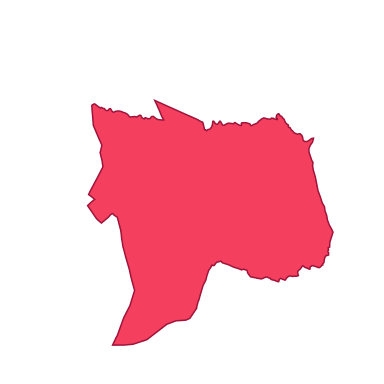 the district of Mberengwa, Midlands, Zimbabwe, rotated 337°
{"feature_id": "62879985B72104982716343", "entity_name": "Mberengwa", "entity_type": "district", "adm_level": 2, "iso_a3": "ZWE", "parent_name": "Zimbabwe", "parent_adm1": "Midlands", "projection": "equal_earth", "projection_center": [30.19, -20.689], "detail": "fine", "context": "isolated", "style": "filled", "palette": "rose", "viewbox_px": 384, "rotation_deg": 337, "n_neighbors": 0, "source": "geoboundaries", "source_scale": "gbopen_adm2", "svg_char_len": 5869}
<svg xmlns="http://www.w3.org/2000/svg" viewBox="0 0 384 384"><g transform="rotate(337 192 192)"><path d="M307.2,170.7L306.7,170.7L306.2,169.9L306.3,169.2L306.7,168.6L306.8,167.9L306.6,167.4L305.9,166.7L305.6,165.8L305.1,164.3L305.1,163.2L305.2,162.2L305.2,160.9L304.4,159.2L304.2,158.3L304.1,157.6L303.0,156.2L302.9,155.9L302.7,155.2L302.6,154.1L302.1,153.8L301.7,153.7L300.8,154.0L299.9,154.4L299.8,154.6L299.4,155.5L298.7,155.9L298.5,156.4L298.8,157.2L299.2,157.9L299.1,158.4L299.0,158.5L298.7,158.6L297.8,158.1L296.4,156.9L296.1,156.7L295.8,156.0L295.3,155.8L294.3,155.1L293.9,155.0L293.2,155.5L292.6,155.5L292.2,155.4L290.2,154.3L289.5,153.8L288.6,153.0L287.0,151.9L286.7,151.8L284.6,152.0L281.4,152.9L281.0,152.9L278.9,154.0L277.6,154.1L274.7,153.9L273.4,154.2L272.5,154.1L272.3,154.0L272.1,153.7L272.0,152.9L272.1,152.6L271.7,151.7L269.3,149.7L266.7,148.4L264.9,147.8L264.7,147.8L264.2,148.2L263.9,148.8L263.8,149.6L263.6,150.0L262.8,149.8L262.0,149.2L260.5,147.5L258.7,144.9L258.2,144.8L257.4,145.4L255.6,144.7L254.1,143.7L253.8,143.7L252.4,142.8L249.9,142.8L247.5,143.2L246.2,142.1L246.0,139.6L245.7,138.0L245.6,137.8L244.9,137.7L243.0,139.2L241.4,139.5L240.9,139.1L240.1,137.6L239.7,135.4L239.0,135.0L238.5,135.5L237.3,137.7L235.6,139.7L233.0,141.2L232.6,141.2L231.8,140.8L231.1,140.7L229.8,141.2L229.5,141.3L229.1,141.0L228.8,140.0L227.9,139.6L229.0,133.5L229.1,131.9L228.6,131.3L228.3,131.2L227.2,129.9L226.1,128.7L226.0,128.3L226.0,128.2L223.6,125.5L222.1,124.0L220.6,122.3L218.7,120.4L193.5,93.2L193.7,98.5L193.7,101.1L193.8,103.6L193.7,110.3L193.8,111.4L194.1,114.6L193.2,114.3L191.9,113.7L189.2,112.1L188.5,111.5L187.9,110.9L185.9,107.3L185.5,107.1L184.5,106.8L183.7,107.0L182.2,108.0L181.6,107.9L180.1,107.3L179.2,106.5L178.4,105.5L177.9,105.4L177.5,105.4L177.2,105.8L176.7,106.1L176.1,105.6L175.5,104.9L175.0,103.9L174.9,101.9L174.6,101.3L173.8,100.9L172.9,100.9L171.1,101.4L170.3,101.4L169.5,100.6L169.0,100.4L168.5,100.0L168.0,99.9L167.2,99.7L166.5,99.4L165.9,99.3L164.8,98.9L164.3,98.7L164.1,98.5L163.9,98.3L163.3,96.2L162.9,95.1L161.2,92.9L159.1,91.3L158.9,90.7L157.5,89.6L155.9,88.6L154.2,88.2L153.1,87.8L152.0,88.0L151.0,87.9L150.3,87.3L150.0,86.4L149.8,85.4L149.7,84.3L149.5,83.4L148.8,83.2L148.2,83.2L147.1,83.9L146.8,84.0L145.8,83.9L145.0,83.6L144.3,82.6L144.0,81.2L143.7,80.7L142.9,80.4L142.3,79.7L142.0,79.2L141.7,78.8L141.5,78.7L140.7,78.9L140.4,78.8L139.9,77.9L138.7,76.2L137.4,73.7L137.0,73.2L136.6,72.7L135.9,72.7L135.5,72.9L134.8,72.8L133.6,73.1L132.5,76.4L132.3,76.7L130.0,83.8L127.2,92.2L127.2,106.6L127.3,110.1L127.3,110.8L127.3,113.7L124.6,117.5L122.8,119.8L121.4,128.3L119.8,134.1L111.5,141.0L97.9,152.0L95.8,154.0L96.8,155.5L99.6,160.7L95.2,162.0L90.6,163.7L90.7,164.5L93.7,179.3L95.2,182.7L96.5,185.2L100.7,183.9L105.1,182.6L108.1,181.1L109.9,180.7L110.4,180.8L111.3,182.9L112.5,184.8L113.4,186.0L111.3,200.2L111.2,200.2L111.2,200.3L110.2,203.8L109.2,206.8L107.8,212.6L107.2,214.6L106.3,221.2L105.5,226.3L105.1,230.2L104.0,239.1L102.7,245.9L101.9,251.1L100.7,260.2L91.0,271.7L91.0,271.9L80.0,281.1L67.0,295.1L65.2,296.4L59.1,301.9L69.5,306.3L78.3,309.1L92.8,310.3L117.1,303.9L127.0,304.3L132.0,306.1L136.5,307.6L137.0,307.5L140.4,307.5L140.9,307.3L150.6,301.0L150.6,300.8L150.8,300.8L150.8,300.7L151.3,299.9L151.5,299.5L151.8,299.3L152.2,298.6L154.6,295.5L154.9,295.0L155.4,294.8L155.7,294.4L156.1,294.2L156.4,293.6L156.9,293.1L157.6,292.3L158.2,291.4L165.3,282.8L165.7,282.4L166.0,282.1L166.3,281.9L166.6,281.5L167.2,281.1L167.8,280.5L168.4,280.2L168.9,279.8L169.3,279.2L170.4,278.4L173.0,274.9L176.6,270.8L180.5,268.3L181.3,267.3L181.4,267.1L181.9,267.2L182.1,267.6L182.6,267.5L182.9,267.7L182.9,267.9L183.1,268.2L183.3,268.3L184.0,268.2L186.3,266.7L187.4,266.3L187.7,266.3L189.0,266.7L191.1,266.8L191.6,266.9L191.8,267.3L191.9,268.1L192.0,268.4L192.5,269.2L197.5,273.5L198.1,274.3L198.5,274.7L198.8,275.1L199.4,275.6L200.0,276.4L200.8,277.2L202.4,278.7L203.0,279.1L204.2,280.2L204.8,280.6L205.3,281.2L206.2,281.9L207.1,283.1L208.1,283.0L209.6,283.4L210.7,284.6L211.2,284.7L212.0,285.4L212.0,286.3L211.6,288.2L211.9,289.7L212.6,292.5L213.2,293.4L214.1,293.8L216.2,295.4L217.3,295.8L217.8,296.5L219.2,297.4L221.2,298.7L222.0,299.1L222.7,299.2L223.9,299.2L226.1,299.1L227.3,299.4L227.6,299.5L229.4,301.3L230.3,302.2L230.4,302.8L230.5,303.1L231.4,304.1L233.1,305.3L236.3,308.3L236.8,308.4L237.1,308.0L237.3,307.9L237.9,306.8L239.6,306.1L240.0,306.2L240.5,306.7L240.7,307.2L243.1,309.4L243.6,309.5L245.1,308.4L247.2,307.5L249.1,307.4L252.1,309.3L253.0,309.2L254.3,310.0L255.4,310.4L257.3,310.5L257.7,307.7L258.1,306.7L259.1,306.0L261.7,305.1L264.2,303.6L265.2,303.2L265.8,304.2L266.3,305.2L266.8,305.8L268.2,307.0L269.2,308.3L270.0,309.0L270.3,309.1L270.5,308.9L271.3,307.5L272.0,307.0L272.4,306.9L273.9,306.8L274.0,306.8L275.8,308.1L279.1,311.2L279.8,311.3L280.5,311.3L283.1,310.3L283.4,310.0L283.8,310.0L284.0,310.1L284.1,309.4L285.7,308.6L286.0,308.3L287.5,305.7L287.8,305.3L289.0,304.0L289.4,303.6L290.2,303.1L290.6,303.1L293.0,303.4L293.3,302.8L294.0,301.6L294.0,301.3L293.8,301.0L293.8,300.7L293.8,300.0L294.0,299.6L294.3,299.1L294.8,299.0L295.1,298.8L295.2,298.4L295.2,298.0L295.5,296.6L297.2,296.5L299.2,292.2L306.1,284.1L306.0,280.7L305.5,276.3L305.7,270.9L306.8,266.3L307.1,261.1L308.2,257.3L307.6,252.8L308.2,246.8L308.5,240.0L311.4,226.4L312.2,219.3L313.3,214.8L314.9,212.2L314.6,209.6L315.3,201.0L316.6,197.6L319.3,195.1L322.4,193.2L324.9,190.0L324.0,189.7L322.8,189.5L320.0,190.2L319.9,190.2L319.1,190.4L318.6,190.5L318.1,190.6L317.8,190.5L316.3,189.9L315.3,189.3L315.1,189.1L314.7,188.2L314.6,187.9L314.7,187.0L315.0,185.5L315.3,184.5L315.2,183.4L315.3,182.8L314.7,181.7L314.6,181.2L314.4,180.8L314.2,180.6L313.1,180.2L311.7,179.9L311.0,179.5L310.0,178.3L309.8,178.2L309.4,177.9L309.0,176.9L308.7,175.8L307.6,173.3L307.5,171.3L307.4,171.0L307.2,170.7Z" fill="#f43f5e" stroke="#9f1239" stroke-width="1.5"/></g></svg>